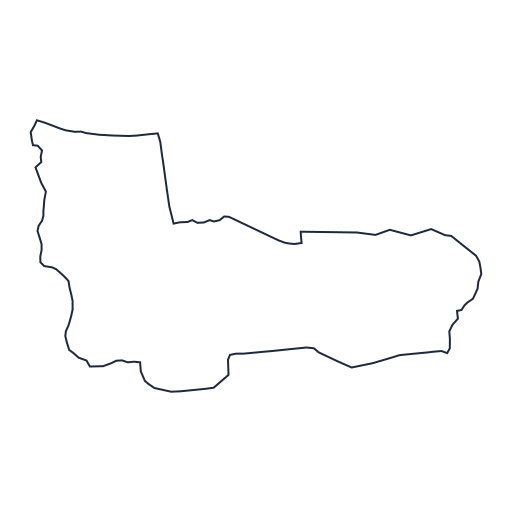 outline of Cruz, Ceará, Brazil
{"feature_id": "56859067B90634068804727", "entity_name": "Cruz", "entity_type": "district", "adm_level": 2, "iso_a3": "BRA", "parent_name": "Brazil", "parent_adm1": "Ceará", "projection": "natural_earth1", "projection_center": [-40.336, -2.885], "detail": "fine", "context": "isolated", "style": "outline", "palette": "slate", "viewbox_px": 512, "rotation_deg": 0, "n_neighbors": 0, "source": "geoboundaries", "source_scale": "gbopen_adm2", "svg_char_len": 1851}
<svg xmlns="http://www.w3.org/2000/svg" viewBox="0 0 512 512"><path d="M157.8,133.4L149.2,134.2L136.5,135.6L129.2,136.0L115.0,135.6L108.5,135.3L104.2,135.0L99.6,134.8L86.2,133.1L81.0,131.6L74.9,131.8L65.6,130.3L60.6,128.7L44.8,122.7L36.9,120.3L34.3,125.9L30.7,132.1L31.9,140.5L33.0,145.2L37.7,145.7L42.0,150.5L40.7,157.0L41.3,162.0L35.5,167.4L41.3,183.0L45.9,191.6L44.3,200.0L43.9,205.5L43.4,211.0L43.4,215.8L42.0,220.8L38.7,225.7L37.5,231.0L39.8,238.2L41.6,244.3L41.6,250.1L40.3,256.4L40.4,262.3L44.3,266.1L52.0,267.3L56.1,269.2L59.5,272.1L63.6,275.8L68.5,281.0L69.6,287.9L71.3,294.6L72.6,300.9L72.6,309.5L71.3,315.6L69.7,321.4L68.3,325.9L65.9,331.1L65.3,336.1L66.9,342.6L69.2,349.9L73.1,352.8L78.7,357.7L86.5,360.5L89.9,366.5L103.0,366.2L111.0,363.3L116.3,360.7L122.1,360.4L127.7,362.3L134.0,361.7L140.1,362.3L140.8,371.4L144.9,380.9L148.3,383.8L154.4,388.0L171.1,391.7L180.4,391.3L205.6,388.8L213.7,387.7L228.5,374.9L228.0,359.7L230.0,354.9L235.7,353.7L243.2,353.7L264.3,351.7L272.2,351.0L282.9,349.9L291.6,349.0L301.7,348.0L306.4,347.5L314.0,348.3L318.6,352.3L338.0,361.5L346.9,365.4L351.7,367.5L373.0,363.1L391.3,357.7L399.3,355.2L405.8,354.5L414.0,353.7L426.9,352.5L432.6,351.8L441.4,351.0L447.2,353.1L449.8,348.3L449.9,339.1L449.3,331.3L452.5,324.7L457.9,318.7L457.0,310.9L461.5,310.0L464.5,305.3L467.7,302.3L472.9,298.8L475.5,293.3L477.6,288.6L478.3,281.8L481.3,274.0L480.4,267.3L479.3,261.6L476.1,255.8L451.2,235.9L445.2,235.2L437.1,231.7L431.2,229.1L410.9,235.4L389.8,229.8L375.5,234.9L356.9,232.5L300.7,231.7L301.0,236.7L301.6,243.0L294.4,244.0L289.2,243.5L284.8,242.7L278.6,240.4L228.9,216.8L224.2,216.5L219.6,220.2L213.8,221.5L209.7,220.1L203.8,222.5L197.4,222.8L192.2,220.1L187.6,222.0L179.8,222.3L173.6,223.6L169.3,206.3L166.8,189.2L163.2,162.7L162.1,155.7L160.3,142.0L157.8,133.4Z" fill="none" stroke="#1e293b" stroke-width="2"/></svg>